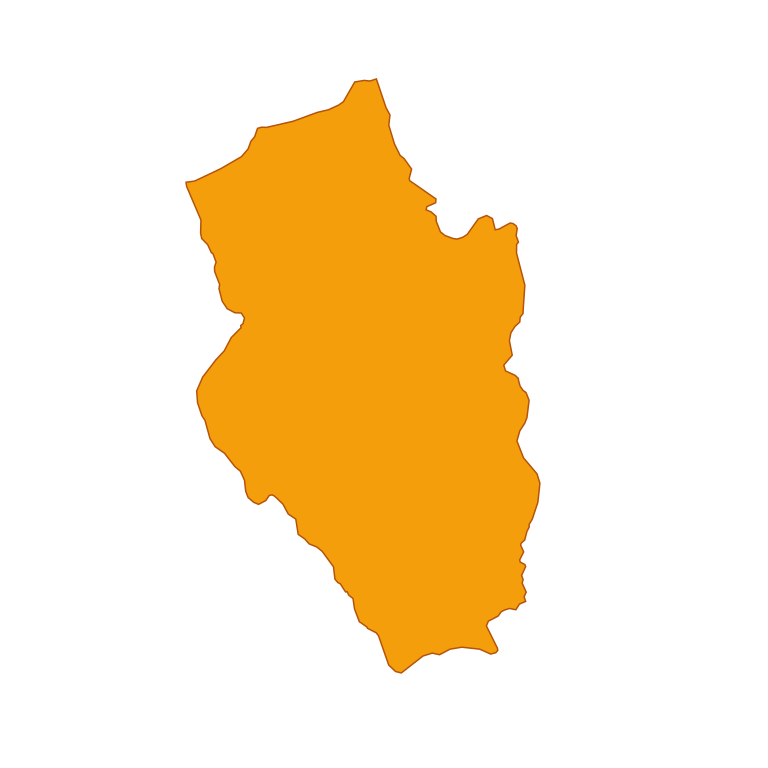 San Luis Jilotepeque, Jalapa, Guatemala (orthographic projection), rotated 338°
{"feature_id": "79465075B90526341743732", "entity_name": "San Luis Jilotepeque", "entity_type": "district", "adm_level": 2, "iso_a3": "GTM", "parent_name": "Guatemala", "parent_adm1": "Jalapa", "projection": "orthographic", "projection_center": [-89.711, 14.649], "detail": "fine", "context": "isolated", "style": "filled", "palette": "amber", "viewbox_px": 768, "rotation_deg": 338, "n_neighbors": 0, "source": "geoboundaries", "source_scale": "gbopen_adm2", "svg_char_len": 2397}
<svg xmlns="http://www.w3.org/2000/svg" viewBox="0 0 768 768"><g transform="rotate(338 384 384)"><path d="M362.5,99.6L356.7,106.3L351.5,109.1L346.0,115.2L337.0,119.8L313.2,123.2L284.6,124.9L276.0,122.8L275.0,127.1L275.7,163.4L270.4,175.6L269.5,180.9L272.7,188.7L273.1,197.5L274.2,199.0L274.0,208.1L270.6,212.1L269.1,216.4L268.9,230.1L266.7,233.9L265.0,246.6L266.8,255.4L272.4,262.1L278.2,264.7L279.4,270.5L275.8,275.3L273.1,276.1L272.5,278.3L259.8,283.7L248.2,293.5L237.2,298.6L218.4,309.7L207.7,320.3L204.1,331.6L203.3,345.2L204.4,350.7L202.2,369.5L204.0,379.0L210.2,388.5L214.8,404.7L218.2,411.1L218.6,421.0L215.6,431.6L215.5,438.4L218.9,444.9L222.6,448.6L230.8,447.8L235.7,444.4L238.7,444.8L240.6,447.1L245.3,457.5L246.5,468.7L251.6,476.2L248.1,491.3L252.5,498.0L254.7,504.2L260.6,509.9L264.0,516.0L268.7,534.6L265.4,546.5L266.8,550.8L268.7,553.0L270.0,560.2L270.5,562.4L272.0,562.8L272.2,566.5L274.9,571.3L272.4,581.6L272.1,595.2L277.1,602.9L277.2,604.4L283.6,611.8L284.6,615.5L283.1,646.4L287.0,654.9L291.8,658.4L318.2,650.8L327.9,651.6L334.1,655.8L345.9,654.6L357.6,657.2L373.4,665.7L381.8,674.4L387.0,675.0L389.7,673.6L390.2,671.5L388.3,646.7L391.9,643.0L402.9,641.9L407.3,639.1L411.0,638.7L416.2,639.1L421.7,642.7L427.1,638.8L433.9,638.6L434.2,633.8L437.9,630.2L437.5,620.4L439.7,617.5L439.9,613.0L446.9,606.4L447.0,604.1L443.6,600.2L443.9,597.9L450.6,592.0L450.3,584.6L451.7,582.9L456.0,581.4L461.4,574.1L464.9,571.2L466.0,568.5L470.8,564.9L482.3,551.4L491.4,534.4L492.2,524.6L485.7,504.8L485.9,486.6L492.4,478.3L499.8,473.1L503.9,468.8L512.4,453.5L512.5,445.1L510.5,442.0L509.4,436.9L510.0,431.6L510.6,429.1L508.8,425.1L501.6,417.4L502.1,411.4L513.7,405.3L516.5,390.8L520.9,384.0L527.0,379.7L533.1,377.4L535.3,373.1L539.3,370.7L541.0,367.0L551.6,345.2L555.9,312.3L559.3,304.2L561.8,302.9L561.9,300.7L562.1,295.9L565.8,289.7L565.7,286.7L563.7,283.5L561.2,282.0L548.5,283.4L544.9,282.6L546.5,271.3L542.3,266.2L533.3,266.2L517.2,276.5L512.0,277.5L506.0,277.0L502.3,274.8L496.2,269.2L493.3,264.1L493.4,252.8L495.1,248.0L492.1,242.0L488.3,238.3L490.2,235.6L499.8,235.3L501.5,231.9L484.0,205.1L484.3,202.9L490.1,195.1L487.1,182.6L484.6,178.2L483.6,165.4L485.4,145.9L490.3,136.8L489.4,128.5L491.2,98.3L484.4,97.8L479.4,95.1L470.0,93.0L452.2,107.0L446.4,108.4L435.1,108.9L424.1,107.2L397.9,106.3L371.3,102.1L366.6,100.0L362.5,99.6Z" fill="#f59e0b" stroke="#b45309" stroke-width="1.5"/></g></svg>